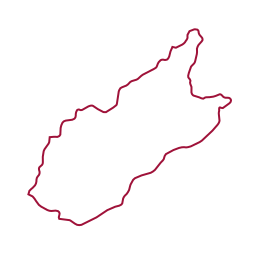 an SVG outline of Caazapá, rotated 355°
{"feature_id": "PRY-618", "entity_name": "Caazapá", "entity_type": "Department", "adm_level": 1, "iso_a3": "PRY", "parent_name": "Paraguay", "parent_adm1": "", "projection": "albers", "projection_center": [-55.918, -26.161], "detail": "fine", "context": "isolated", "style": "outline", "palette": "rose", "viewbox_px": 256, "rotation_deg": 355, "n_neighbors": 0, "source": "natural_earth", "source_scale": "10m", "svg_char_len": 2844}
<svg xmlns="http://www.w3.org/2000/svg" viewBox="0 0 256 256"><g transform="rotate(355 128 128)"><path d="M182.7,52.2L189.4,49.6L190.9,48.7L192.2,47.6L193.0,46.5L194.2,45.1L194.9,44.0L195.2,42.9L195.2,42.2L195.4,40.4L197.7,36.9L202.6,35.5L203.8,35.6L205.7,36.1L206.4,36.9L206.7,37.8L206.7,38.9L206.9,40.2L207.5,41.6L209.2,43.9L209.8,44.9L210.0,46.0L209.8,47.1L208.9,48.2L205.5,51.4L204.5,52.9L203.6,55.0L203.4,58.4L203.0,60.4L200.8,67.1L200.2,68.5L199.4,69.5L196.5,72.0L196.1,72.5L193.4,78.5L192.5,81.2L192.5,82.8L193.2,84.0L193.9,84.9L194.3,86.4L193.8,88.1L193.9,89.5L194.8,92.6L194.7,94.0L194.3,98.1L194.7,99.7L195.5,100.9L196.1,101.4L201.7,103.7L203.5,104.7L204.6,105.1L205.6,105.3L207.4,104.4L208.5,104.2L211.8,104.4L215.7,104.2L218.1,103.7L222.3,102.4L223.2,102.6L224.0,103.2L224.5,103.8L225.0,104.4L225.7,105.3L226.6,105.9L227.6,106.3L230.2,106.6L231.2,106.8L232.1,107.4L232.9,108.5L233.0,109.7L232.4,111.1L231.2,112.2L224.2,116.4L222.4,116.0L221.9,115.7L221.4,115.5L220.9,115.7L220.6,116.1L220.4,117.3L220.4,118.3L220.2,119.2L219.9,120.2L219.7,121.5L219.8,128.7L219.4,129.9L218.6,131.3L217.5,132.6L211.9,138.0L200.5,147.0L198.1,148.3L188.9,151.8L186.1,152.3L184.2,152.4L182.3,152.0L180.0,151.9L177.1,152.3L171.4,153.9L163.5,157.3L162.1,159.1L160.9,162.1L160.0,163.2L157.5,165.4L151.2,172.1L149.1,173.5L146.7,174.6L137.4,176.4L130.6,178.6L128.6,180.1L125.6,184.6L125.0,186.1L123.7,189.8L122.4,191.8L120.9,193.6L118.9,195.2L117.8,196.5L117.0,197.9L115.7,202.6L114.7,203.7L112.6,204.6L108.4,205.3L100.3,208.0L88.8,214.3L73.2,220.4L70.9,220.5L68.8,220.0L66.8,218.7L62.6,215.2L61.7,214.7L51.6,212.5L51.3,211.2L51.3,210.9L51.5,210.2L52.1,208.5L52.4,207.2L52.1,205.9L51.0,204.7L48.7,204.0L44.4,204.0L42.5,203.6L40.5,202.7L34.7,198.8L32.5,196.8L30.0,192.7L28.9,190.6L27.7,188.8L26.9,187.8L23.0,185.4L24.3,182.0L26.2,180.4L27.8,179.3L30.4,177.0L31.5,175.2L32.1,173.3L32.3,171.6L32.8,169.9L33.6,168.7L35.4,166.8L36.0,165.2L36.1,163.8L35.8,162.4L35.7,161.0L35.9,160.1L36.4,159.3L39.2,157.2L39.9,156.1L40.2,154.7L40.6,149.3L42.0,143.7L43.0,141.9L47.6,136.5L48.3,135.1L49.2,130.3L53.6,130.3L57.0,130.7L58.9,130.0L60.0,128.7L60.9,122.1L61.8,119.5L63.2,117.0L64.6,115.8L66.6,115.2L73.2,114.9L75.4,114.1L76.5,112.9L77.0,111.3L77.2,109.5L77.7,107.7L78.8,105.8L79.9,105.3L80.8,105.3L81.7,105.8L82.6,106.1L83.9,106.0L90.5,103.0L92.5,102.5L94.1,102.5L95.2,103.0L95.8,103.5L99.5,106.5L104.9,110.0L107.4,110.3L115.0,106.4L118.4,104.2L118.6,103.8L118.8,103.6L119.2,102.3L122.0,90.7L122.7,89.3L123.9,87.7L125.6,86.9L130.0,85.6L131.7,84.6L134.3,82.3L135.9,81.6L140.7,80.6L142.2,79.9L145.6,77.3L147.4,76.2L159.5,71.2L161.3,70.2L162.0,69.3L163.4,66.4L164.4,65.0L166.4,63.3L167.8,62.9L169.1,63.0L170.3,63.4L171.5,63.5L173.2,63.1L174.4,61.8L175.3,60.3L177.0,55.4L178.1,53.4L178.5,52.7L179.3,51.1L182.7,52.2Z" fill="none" stroke="#9f1239" stroke-width="2"/></g></svg>